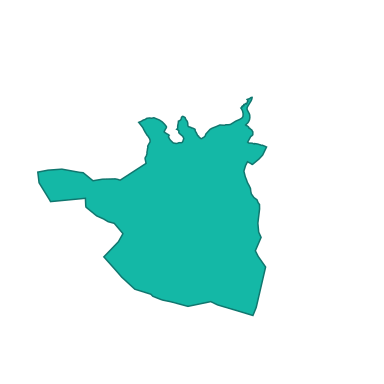 Akinyele, Oyo, Nigeria, rotated 222°
{"feature_id": "59680162B96934818178887", "entity_name": "Akinyele", "entity_type": "district", "adm_level": 2, "iso_a3": "NGA", "parent_name": "Nigeria", "parent_adm1": "Oyo", "projection": "albers", "projection_center": [3.952, 7.55], "detail": "fine", "context": "isolated", "style": "filled", "palette": "teal", "viewbox_px": 384, "rotation_deg": 222, "n_neighbors": 0, "source": "geoboundaries", "source_scale": "gbopen_adm2", "svg_char_len": 5650}
<svg xmlns="http://www.w3.org/2000/svg" viewBox="0 0 384 384"><g transform="rotate(222 192 192)"><path d="M319.9,103.6L311.8,96.5L292.0,90.7L290.7,90.2L267.0,116.0L261.7,110.6L260.6,109.8L248.0,110.4L246.7,110.5L239.7,112.8L234.5,113.8L234.1,114.0L228.8,116.7L215.7,114.9L215.4,114.7L213.4,105.7L214.1,84.8L195.1,82.7L187.2,81.7L169.4,81.5L154.2,88.5L151.3,88.3L143.2,91.3L141.2,92.2L134.4,96.2L118.5,104.3L104.7,123.1L97.5,125.2L64.1,141.0L67.0,149.1L87.1,185.5L99.7,188.4L105.6,190.7L110.3,204.5L115.6,206.8L122.2,212.9L130.4,224.6L133.5,227.9L135.7,228.3L138.5,229.7L142.3,229.3L146.6,230.3L148.6,231.7L151.0,233.8L154.2,235.1L156.6,235.9L157.9,236.5L159.6,237.5L162.5,238.9L167.4,242.2L169.9,247.5L171.0,251.6L167.5,252.5L165.8,252.7L165.5,253.0L164.4,260.6L164.3,261.0L164.2,266.7L166.7,275.3L168.4,274.8L171.1,273.8L171.8,273.0L172.0,272.9L172.7,272.8L173.7,272.3L175.1,271.7L176.5,270.8L177.9,269.9L177.9,269.3L179.8,268.6L181.0,267.7L182.0,266.7L182.9,266.3L184.0,266.3L185.5,272.6L185.2,273.6L185.1,275.2L187.0,277.4L188.2,277.7L189.2,278.1L190.4,277.9L191.3,277.9L191.8,278.0L192.0,277.7L192.8,277.7L193.0,277.9L193.5,278.2L193.9,278.2L194.4,278.1L195.1,278.0L195.6,278.0L196.0,277.9L196.2,277.7L197.0,277.7L196.9,279.7L196.8,280.6L196.9,281.5L197.2,282.9L197.7,284.3L198.8,286.0L200.6,287.8L201.8,288.5L204.0,289.3L206.1,290.1L206.9,290.8L207.5,291.7L207.8,292.6L208.6,296.6L209.1,299.3L209.6,300.8L210.2,301.9L210.6,302.5L210.8,302.3L211.2,302.0L211.4,301.5L211.5,301.0L211.6,300.4L211.7,300.1L211.9,299.7L212.1,299.1L212.5,298.5L212.8,298.0L213.0,297.6L212.5,297.5L212.1,297.4L211.7,297.3L211.2,297.0L211.1,296.8L211.2,296.6L211.3,296.4L211.2,296.2L211.0,295.7L210.8,295.4L210.8,295.2L210.7,294.9L210.6,294.6L210.6,294.3L210.5,294.0L210.8,294.0L211.0,294.0L211.1,293.8L211.1,293.7L211.3,293.6L211.3,293.4L211.3,293.1L211.4,292.9L211.5,292.5L211.6,292.3L211.7,292.1L211.8,292.0L211.9,291.8L212.0,291.7L211.9,291.4L211.6,291.2L211.4,291.0L211.2,290.9L211.3,290.6L211.5,290.4L211.7,290.2L211.9,290.0L212.0,289.8L212.1,289.7L212.0,289.4L211.9,289.3L211.9,289.2L211.7,289.0L211.8,288.8L212.0,288.6L211.9,288.4L211.7,288.3L211.6,288.2L211.6,287.9L211.7,287.7L211.7,287.3L211.8,287.1L211.0,286.9L209.5,286.4L208.3,285.8L206.4,284.4L204.6,282.2L204.4,280.3L205.1,277.9L206.9,274.0L207.8,270.8L208.7,267.8L210.1,266.2L211.8,264.7L212.6,263.2L213.2,262.8L214.4,261.8L216.1,260.5L217.0,258.5L218.0,256.3L218.8,254.8L219.9,252.5L220.5,250.6L220.5,248.9L220.5,245.9L220.5,245.1L220.5,244.3L220.1,243.4L219.7,242.5L219.7,241.7L219.8,240.7L220.2,239.7L220.3,239.0L220.5,238.2L221.1,237.7L221.6,237.6L222.4,237.6L223.0,237.5L223.8,237.6L224.2,237.8L224.4,237.9L224.8,237.8L225.2,237.7L225.3,237.8L225.5,237.7L225.8,237.8L226.0,237.9L226.3,238.0L226.5,238.1L227.1,238.4L227.4,238.5L227.6,238.5L227.9,238.7L228.1,238.8L228.6,239.0L228.8,239.0L229.1,239.1L229.4,239.2L229.8,239.3L230.2,239.5L230.5,239.6L230.8,239.8L231.0,240.0L231.3,240.3L231.5,240.5L232.1,240.6L232.4,240.5L232.7,240.4L232.9,240.3L233.2,240.2L233.7,240.1L234.2,240.0L234.5,239.8L234.9,239.5L235.3,239.3L235.5,239.3L235.9,239.3L236.3,239.2L236.5,239.1L236.7,238.9L237.0,238.8L237.4,238.6L237.7,238.5L238.0,238.4L238.3,238.2L238.7,238.3L239.1,238.4L239.4,238.5L239.7,238.7L239.9,238.9L240.1,239.0L240.3,239.4L240.7,239.8L241.0,240.1L241.2,240.3L241.5,240.5L241.8,240.7L242.1,240.9L242.4,241.1L242.5,241.1L242.9,241.3L243.1,241.4L243.3,241.5L243.6,241.5L244.0,241.5L244.4,241.6L244.8,241.7L245.3,241.9L245.6,242.0L245.8,242.1L246.0,242.2L246.2,242.3L246.4,242.4L246.6,242.5L246.8,242.5L247.0,242.7L247.6,242.5L248.1,242.5L248.7,242.4L249.3,242.1L249.7,241.8L249.7,241.3L249.8,240.9L249.8,240.4L249.5,240.1L249.3,239.7L249.0,239.1L248.7,238.3L248.8,237.4L249.0,236.6L249.1,236.3L249.3,236.0L249.5,235.6L249.4,235.5L249.3,235.3L249.2,235.2L249.0,234.9L248.8,234.6L248.6,234.4L248.4,234.1L248.1,233.6L247.9,233.3L247.6,232.7L247.3,232.3L247.0,231.8L246.8,231.5L246.6,231.2L246.3,230.9L246.0,230.6L245.7,230.3L245.5,230.0L245.4,229.8L245.3,229.6L245.3,229.3L245.3,228.9L245.3,228.4L245.1,228.5L244.7,228.6L244.4,228.7L244.2,228.7L243.9,228.7L243.7,228.7L243.4,228.7L243.1,228.6L242.9,228.7L242.7,228.7L242.4,228.3L241.4,227.2L239.8,227.1L236.1,227.2L233.8,226.2L233.3,224.8L232.7,223.6L232.5,222.3L233.0,221.3L234.0,220.6L234.8,219.7L235.3,218.6L235.8,217.9L236.2,217.5L236.6,217.2L237.0,217.0L237.7,216.6L238.2,216.1L239.1,215.9L241.2,216.0L242.3,216.0L243.6,216.2L244.4,216.4L245.2,216.8L245.5,216.9L245.7,217.0L245.9,217.0L246.1,217.0L246.3,217.1L246.4,217.3L246.5,217.5L246.6,217.9L246.7,218.1L246.8,218.3L246.9,218.5L247.0,218.7L247.0,218.9L247.5,218.8L247.8,218.8L248.1,218.8L248.5,218.7L249.1,218.6L249.4,218.5L249.6,218.4L249.8,218.3L250.0,218.3L250.5,218.3L250.8,218.3L251.0,218.2L251.3,218.1L251.6,218.1L252.0,218.1L252.4,218.1L252.7,218.0L252.9,218.0L253.0,218.1L253.2,218.7L253.4,219.4L253.6,220.2L253.7,220.6L253.8,221.0L253.9,221.4L253.9,221.8L254.0,222.1L254.1,222.6L254.3,223.0L254.8,223.5L257.7,224.0L261.0,224.2L264.4,223.7L267.7,222.5L270.0,221.7L271.4,219.7L273.0,218.7L274.9,216.5L275.4,214.4L276.4,212.8L277.0,210.6L278.2,208.1L272.4,207.1L271.2,206.8L269.6,206.1L266.4,205.0L265.1,204.7L263.8,204.2L262.2,204.1L261.2,203.8L260.0,203.5L258.9,203.1L257.9,202.5L257.0,201.6L256.5,200.6L256.4,199.8L256.3,199.2L256.0,198.2L255.8,197.1L255.5,196.3L254.6,195.6L253.9,194.1L253.3,193.4L252.7,192.4L252.1,191.4L251.1,190.4L250.5,189.0L250.0,188.1L249.9,186.8L249.8,186.3L249.2,185.4L245.3,182.5L253.3,152.7L255.6,151.7L257.8,150.4L267.2,141.5L273.1,134.1L285.8,133.5L288.8,131.3L304.0,121.9L313.6,111.9L319.9,103.6Z" fill="#14b8a6" stroke="#0f766e" stroke-width="1.5"/></g></svg>